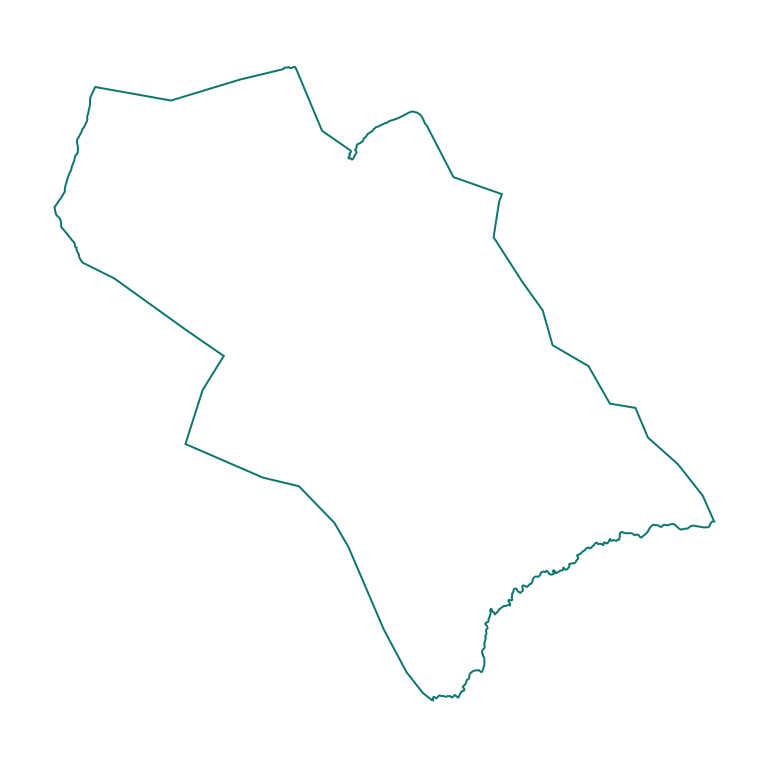 outline of O'mnogovi, Uvs, Mongolia, rotated 271°
{"feature_id": "93677404B24799113543159", "entity_name": "O'mnogovi", "entity_type": "district", "adm_level": 2, "iso_a3": "MNG", "parent_name": "Mongolia", "parent_adm1": "Uvs", "projection": "robinson", "projection_center": [91.474, 49.101], "detail": "fine", "context": "isolated", "style": "outline", "palette": "teal", "viewbox_px": 768, "rotation_deg": 271, "n_neighbors": 0, "source": "geoboundaries", "source_scale": "gbopen_adm2", "svg_char_len": 6033}
<svg xmlns="http://www.w3.org/2000/svg" viewBox="0 0 768 768"><g transform="rotate(271 384 384)"><path d="M252.3,716.5L277.8,704.7L306.6,681.2L309.7,678.4L335.1,648.8L364.5,635.8L368.3,610.2L405.4,588.2L425.7,551.9L460.4,541.4L488.4,520.6L532.7,491.0L568.2,495.9L575.9,498.5L592.0,449.9L643.1,422.3L645.1,420.4L648.7,418.9L652.2,417.0L653.8,415.5L655.1,413.8L656.1,411.9L656.2,410.6L656.8,409.0L657.0,408.0L656.6,406.0L655.4,403.4L650.8,395.1L650.2,393.6L649.2,391.4L648.9,390.0L648.4,389.2L647.2,385.3L646.9,384.6L645.4,382.5L645.0,381.8L644.8,380.4L643.3,377.7L642.6,375.8L641.9,375.0L641.4,374.0L640.7,371.6L638.9,369.6L638.2,368.9L637.1,368.3L635.9,366.8L635.3,365.6L633.5,363.2L630.3,361.2L629.6,359.9L629.1,359.6L626.1,358.4L625.6,357.2L624.4,356.1L623.8,354.3L622.8,352.8L621.8,352.5L619.5,352.3L617.8,351.2L617.4,351.1L617.2,351.2L616.7,351.9L616.2,352.1L614.9,352.5L614.3,352.3L611.9,350.7L608.7,349.2L608.0,348.5L607.9,347.9L609.2,346.4L608.8,344.9L609.1,344.6L610.7,344.8L611.6,345.5L612.5,345.9L613.0,345.9L613.6,345.4L613.9,345.4L614.2,345.5L614.8,346.5L615.4,346.8L616.0,346.9L616.9,346.4L636.1,317.6L695.9,291.4L699.1,289.8L699.3,289.2L699.4,288.5L699.3,287.9L698.7,286.9L698.3,285.3L698.6,283.8L699.2,282.9L698.6,280.9L698.6,279.3L697.8,278.1L697.1,277.9L685.9,234.8L663.7,166.0L675.9,90.1L665.4,85.4L662.1,85.1L658.6,85.2L656.4,84.9L651.8,83.8L649.7,83.7L647.0,82.7L645.6,82.5L642.9,82.8L639.4,81.4L635.4,79.5L633.1,77.7L630.2,77.0L628.2,75.7L625.8,74.7L624.5,73.7L623.0,73.1L621.3,72.7L620.1,72.8L617.2,73.6L615.5,73.8L610.1,73.8L609.9,73.5L608.8,73.2L607.7,72.0L607.0,71.5L603.6,70.6L601.8,70.4L596.6,68.3L592.7,67.5L588.9,65.7L583.0,63.7L576.1,61.9L573.5,61.5L571.1,61.5L570.2,61.2L567.9,59.8L565.1,58.4L561.1,55.4L557.2,53.0L555.3,51.6L554.9,51.5L549.2,52.7L547.8,53.2L546.5,54.2L544.8,56.1L543.9,56.8L542.9,57.4L541.2,58.0L539.1,58.4L536.0,58.4L534.1,59.6L529.4,63.8L523.2,68.8L520.6,71.3L518.8,72.4L516.2,72.5L515.3,73.9L514.6,74.4L513.6,74.0L512.6,74.2L510.3,75.4L509.6,76.0L507.7,76.8L505.7,77.0L503.6,78.0L502.4,79.1L500.9,79.6L499.9,80.9L484.9,112.4L433.9,186.1L409.2,223.3L374.9,202.8L320.5,186.5L288.2,264.8L280.3,300.7L244.3,336.8L220.6,351.2L138.3,388.2L96.2,411.6L75.9,428.1L68.8,437.3L68.6,438.5L70.5,438.4L71.4,438.7L72.0,439.2L72.1,439.6L71.9,439.9L70.7,441.6L70.7,442.1L72.8,443.9L73.3,444.3L73.5,445.0L73.5,445.6L72.9,446.5L72.9,447.0L73.2,448.8L72.6,449.9L72.4,450.7L72.4,451.4L73.0,452.8L73.1,455.6L72.7,456.3L71.8,457.1L72.0,457.8L72.4,458.5L73.8,459.5L74.3,460.2L74.1,460.7L72.5,462.4L71.9,463.8L72.7,464.4L75.3,465.3L76.9,466.3L78.0,467.2L78.3,467.8L78.5,468.7L78.8,469.3L79.6,469.6L80.6,469.6L81.9,468.4L82.7,468.1L85.1,470.4L86.7,471.2L89.4,471.9L90.5,473.6L91.1,474.0L92.0,474.3L93.8,474.4L95.0,474.7L96.0,475.2L97.1,476.2L98.7,478.3L99.2,480.6L99.3,481.7L99.2,482.5L99.6,483.1L99.5,483.7L99.1,484.4L97.8,486.0L97.8,486.8L99.1,487.6L102.8,488.6L103.7,489.0L106.1,489.3L112.2,489.0L114.0,487.7L114.9,487.7L115.6,487.5L117.1,486.6L117.7,486.6L118.9,486.9L119.6,487.2L122.0,489.1L123.5,489.2L125.9,488.8L129.1,489.4L131.4,490.1L132.1,490.1L132.8,489.7L133.6,489.6L134.3,489.8L135.6,490.6L136.4,490.8L139.2,490.3L140.1,490.5L141.1,491.5L141.6,491.8L143.4,491.4L145.1,490.0L145.7,489.6L146.2,489.5L147.0,490.1L147.8,492.0L148.3,492.5L151.1,492.8L154.4,494.1L157.0,494.6L159.3,494.2L160.1,494.2L161.0,494.8L160.7,495.5L160.1,495.8L159.0,495.8L158.1,496.9L158.1,497.3L155.7,499.0L158.3,501.6L160.9,503.3L164.2,507.8L164.0,509.6L165.1,511.4L165.1,511.8L164.9,513.5L165.0,513.8L165.6,514.1L166.8,513.8L168.2,512.7L169.0,512.3L169.9,512.2L170.4,512.8L169.8,514.6L169.9,515.3L170.2,515.8L171.0,516.0L172.7,515.4L174.0,515.9L176.0,515.6L176.5,515.7L177.6,516.7L180.6,517.3L181.1,517.6L181.6,518.1L181.7,519.0L181.6,519.8L181.0,520.5L180.1,520.7L179.5,521.0L178.8,521.8L178.3,522.8L177.6,523.8L177.7,524.2L179.7,526.3L180.1,526.5L180.8,526.5L183.9,525.7L184.4,525.8L185.0,526.9L184.7,528.1L184.1,529.1L183.7,530.1L183.7,530.5L184.0,531.0L184.6,531.5L185.1,532.3L186.4,533.0L186.9,534.7L187.5,535.1L188.9,535.4L189.7,536.1L191.3,536.1L193.7,537.9L194.1,538.6L194.2,539.3L194.0,541.5L194.2,542.1L195.2,543.1L196.2,543.6L197.8,544.0L198.5,544.7L199.2,546.3L199.3,546.8L198.7,548.4L199.8,549.4L200.0,549.9L199.0,551.2L197.7,551.9L196.8,553.0L196.4,554.0L196.4,554.7L196.7,556.3L197.0,556.8L197.9,557.0L199.9,556.2L200.6,556.6L200.6,557.0L200.1,557.9L198.3,558.7L198.0,559.1L197.9,559.5L198.8,560.8L199.2,561.8L200.4,563.5L200.7,564.2L200.8,565.8L201.2,566.2L203.1,566.4L203.4,566.6L203.4,566.8L202.4,567.6L201.6,568.8L201.6,569.6L201.9,570.2L202.5,570.9L204.8,572.6L206.5,572.3L207.1,572.4L207.3,572.7L207.5,573.9L208.0,575.2L208.1,577.3L208.3,577.9L209.2,578.7L211.0,579.4L212.3,580.9L212.8,581.2L213.4,581.2L215.7,580.1L216.3,580.3L217.6,583.3L220.3,585.9L221.2,587.5L223.4,589.4L223.7,590.2L224.0,591.8L223.4,592.2L223.2,592.6L223.6,593.6L226.8,596.8L228.7,598.1L229.0,598.7L229.1,599.5L228.1,600.4L227.7,601.0L228.0,602.2L227.9,603.8L227.1,605.4L226.8,605.9L226.9,606.2L227.5,606.4L228.8,606.3L229.3,606.8L229.4,607.2L229.3,607.7L228.6,608.6L228.5,609.1L228.8,610.2L229.3,610.8L232.8,612.6L232.9,612.9L231.5,613.6L231.3,613.9L231.3,615.1L231.6,615.4L231.9,616.6L231.8,617.1L231.2,619.0L232.2,620.1L232.5,621.8L233.8,622.0L234.8,622.4L238.6,622.3L239.8,623.4L240.2,624.2L240.0,625.1L239.4,626.6L238.9,629.0L239.2,633.5L239.0,634.3L238.0,636.2L237.4,636.7L237.3,637.5L237.6,638.1L237.8,639.1L237.8,640.3L237.4,641.2L235.6,642.5L235.0,643.9L238.6,648.3L240.1,649.6L241.5,650.6L244.5,652.1L246.8,654.0L247.9,655.5L247.5,660.3L246.8,661.6L246.1,662.6L246.0,663.5L246.3,664.4L247.1,664.9L248.2,666.4L247.7,669.3L247.9,670.8L248.8,673.4L249.1,674.9L248.8,676.3L247.6,678.2L244.3,681.8L243.7,683.5L243.7,684.4L244.4,686.4L244.8,689.8L245.5,691.1L247.1,693.0L247.5,693.9L247.8,695.5L247.7,697.1L247.5,698.6L247.0,700.1L246.9,702.3L246.1,706.5L246.3,707.2L246.4,708.7L246.3,710.0L246.6,710.8L247.1,711.6L250.6,713.1L251.7,714.0L252.4,715.6L252.3,716.5Z" fill="none" stroke="#0f766e" stroke-width="2"/></g></svg>